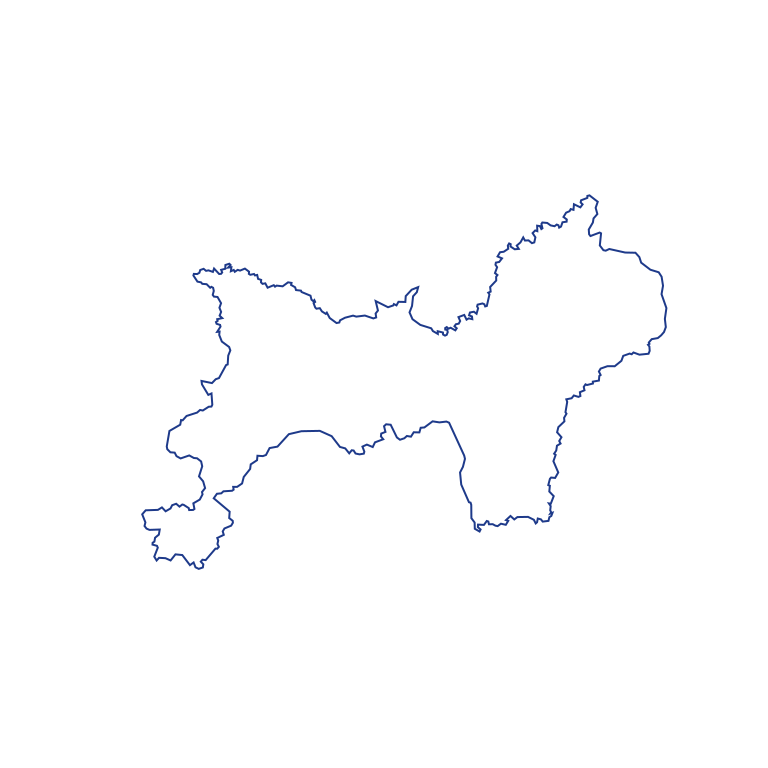 Catalão, Goiás, Brazil, rotated 29°
{"feature_id": "56859067B92835735196425", "entity_name": "Catalão", "entity_type": "district", "adm_level": 2, "iso_a3": "BRA", "parent_name": "Brazil", "parent_adm1": "Goiás", "projection": "albers", "projection_center": [-47.718, -17.979], "detail": "fine", "context": "isolated", "style": "outline", "palette": "blue", "viewbox_px": 768, "rotation_deg": 29, "n_neighbors": 0, "source": "geoboundaries", "source_scale": "gbopen_adm2", "svg_char_len": 6165}
<svg xmlns="http://www.w3.org/2000/svg" viewBox="0 0 768 768"><g transform="rotate(29 384 384)"><path d="M270.7,648.6L271.5,645.1L277.3,642.3L282.9,641.8L284.2,634.1L290.5,631.4L302.1,636.5L304.0,632.4L308.0,635.7L311.6,635.5L314.5,632.3L313.4,629.3L309.9,628.2L310.4,625.7L313.4,624.5L316.4,609.7L318.0,608.9L318.5,606.5L315.9,604.7L314.9,601.3L312.8,599.5L317.0,593.6L314.4,591.1L314.5,587.7L319.0,582.0L319.1,578.6L318.0,577.0L313.6,576.3L310.9,570.5L290.5,566.5L291.1,561.0L294.7,558.5L295.6,555.7L302.9,551.0L303.7,549.3L302.0,547.1L305.4,545.2L308.1,539.8L306.4,533.3L308.1,523.2L306.4,518.9L309.9,512.2L308.1,508.1L313.0,505.8L315.2,503.3L315.0,495.5L321.2,490.4L325.1,474.0L334.7,465.3L350.6,456.1L363.5,455.0L376.0,460.4L381.3,459.1L387.2,461.5L387.9,457.6L389.7,456.9L392.8,458.6L396.7,457.4L400.1,454.7L399.6,452.7L395.5,449.2L398.4,445.3L404.7,444.6L404.4,439.4L410.1,432.7L406.7,431.3L405.6,428.7L408.5,425.2L404.5,420.9L405.4,418.2L409.6,416.4L421.2,424.5L425.0,425.0L428.1,421.6L429.2,418.4L433.1,417.0L433.4,411.8L438.4,409.2L437.3,404.5L440.4,402.4L444.6,393.1L451.1,390.7L456.8,386.6L459.7,386.3L488.8,407.7L491.1,410.2L493.2,418.2L493.4,424.5L500.3,434.5L515.6,446.2L517.2,445.8L518.9,447.4L525.5,459.0L530.4,461.2L533.6,466.6L539.1,466.7L539.0,464.4L535.5,463.7L534.4,461.4L539.7,458.8L540.3,454.0L541.9,453.7L543.8,455.8L547.1,453.9L550.1,453.9L552.3,453.2L554.0,449.5L558.8,448.1L559.0,443.5L556.7,443.9L558.6,438.1L563.6,439.3L565.2,435.7L574.4,430.4L580.9,430.1L584.3,432.4L584.9,430.7L583.7,427.1L586.9,426.3L589.5,427.4L594.2,424.0L593.2,420.3L594.3,418.3L593.8,414.9L592.3,416.6L592.4,415.1L590.6,413.9L589.0,410.0L586.1,408.5L587.9,407.8L586.8,399.8L580.7,397.9L578.4,392.6L576.7,392.8L575.1,386.5L575.5,384.8L579.2,383.2L579.3,376.9L569.6,369.4L568.5,362.8L566.6,362.5L566.9,358.7L565.2,354.1L567.3,350.5L564.9,348.9L565.0,344.5L558.8,342.3L557.4,337.2L559.9,329.2L557.9,326.3L558.0,321.5L556.4,320.7L552.9,310.8L550.9,309.0L555.0,305.5L555.6,302.0L560.3,301.0L561.6,299.3L559.3,296.2L562.4,292.3L560.1,289.7L560.4,286.6L562.0,286.5L566.5,282.3L565.5,280.7L570.3,276.8L568.4,272.6L569.1,271.1L565.9,268.9L566.0,265.5L570.8,260.1L577.2,256.6L580.4,248.6L579.6,243.4L584.1,238.3L586.2,237.9L586.9,235.5L593.2,234.5L600.7,229.3L600.3,226.2L597.9,222.5L595.9,221.7L596.7,220.2L595.5,219.3L596.4,215.0L601.2,211.1L602.8,207.1L603.7,202.8L602.9,197.6L598.1,190.9L594.2,180.7L583.2,170.9L580.4,162.8L574.8,155.6L570.1,153.1L561.6,154.9L550.1,153.2L545.8,149.2L540.3,147.3L531.2,152.1L515.6,156.7L513.3,159.9L511.0,160.6L505.6,158.2L500.8,147.0L499.2,147.0L492.8,154.5L490.8,153.6L488.2,149.6L488.4,141.5L487.0,137.6L488.2,131.9L483.7,127.3L482.6,121.0L472.3,119.4L470.7,120.9L471.6,122.7L467.3,127.8L468.0,129.9L470.6,130.6L470.1,134.3L463.0,134.7L465.3,139.8L462.5,140.5L462.5,142.9L460.2,145.9L460.0,150.9L464.1,151.5L465.0,153.5L461.7,156.0L462.5,160.5L461.4,162.3L459.6,160.6L457.8,160.8L456.7,163.3L452.8,164.5L448.7,164.0L444.2,166.0L444.1,167.7L447.1,171.0L446.5,172.2L443.8,170.3L441.2,171.3L444.0,176.0L441.8,176.4L440.8,180.0L445.3,182.3L446.8,187.3L445.1,189.1L440.8,188.3L437.7,190.2L434.7,188.3L434.7,194.0L433.0,198.6L436.4,200.5L433.0,202.8L428.0,202.4L427.0,200.3L425.3,200.4L425.2,202.9L427.1,205.5L424.6,210.3L421.6,212.5L421.5,217.4L426.3,216.9L425.6,221.4L423.0,223.6L423.7,225.7L426.3,227.0L427.3,233.2L430.4,233.7L430.1,235.9L432.0,239.1L429.8,247.7L432.5,251.5L430.9,253.6L432.8,254.5L436.1,265.9L434.9,267.1L433.1,265.6L431.1,265.8L427.4,269.2L427.8,271.0L429.6,272.1L430.9,277.7L427.6,277.2L424.5,279.8L425.1,282.7L428.2,282.3L429.8,284.5L426.3,285.5L425.0,287.7L420.7,284.7L416.7,289.4L420.1,292.0L420.1,295.0L417.9,296.9L417.6,299.3L420.6,300.0L420.4,302.5L415.0,302.5L413.6,304.3L411.3,303.8L410.4,305.4L411.2,306.7L413.0,306.0L414.6,307.7L415.0,310.6L413.9,312.1L411.7,312.1L410.6,310.4L405.4,311.8L406.8,314.1L401.1,314.0L398.3,312.4L387.1,314.7L377.5,313.5L371.6,309.0L370.7,302.2L366.9,293.2L368.2,287.8L366.9,282.7L362.5,288.1L360.4,296.6L362.9,301.9L356.8,305.1L356.8,309.2L353.9,309.3L354.0,310.8L350.3,314.9L336.5,315.5L343.1,322.7L342.5,326.4L344.9,329.6L342.9,331.8L334.1,333.4L327.1,338.5L323.8,339.2L317.8,344.9L314.7,349.6L315.1,351.9L312.9,353.7L304.5,352.6L299.4,349.3L299.1,350.9L294.5,350.6L291.1,348.8L288.4,350.9L286.7,350.4L283.2,347.4L284.0,345.6L282.4,344.4L282.1,345.9L279.7,345.4L276.9,342.4L267.3,343.5L266.1,342.6L261.5,344.5L259.4,342.5L254.7,342.4L254.1,340.4L250.8,341.6L248.0,347.7L242.4,350.0L241.5,351.7L239.7,351.0L235.5,356.2L231.4,353.5L229.2,355.3L227.1,354.7L226.1,352.5L222.9,353.1L220.2,350.1L218.5,351.6L217.0,350.8L214.1,353.3L212.4,353.2L211.5,351.2L206.4,350.5L203.1,354.6L200.7,355.1L199.1,358.2L197.3,357.1L195.4,359.6L193.9,355.8L191.2,357.8L192.1,354.3L190.4,353.8L187.6,356.8L189.3,360.2L186.2,363.1L188.4,364.9L188.1,366.6L186.5,367.7L179.4,365.4L180.0,368.9L175.4,369.7L173.5,371.3L170.4,370.7L168.0,373.4L168.6,376.2L167.3,378.4L164.3,379.9L164.7,381.5L171.2,384.9L174.7,383.8L176.5,384.5L180.5,382.7L185.3,384.1L185.9,382.7L187.9,382.7L190.0,385.1L191.0,389.1L192.9,390.0L196.2,388.6L202.3,392.3L203.1,397.1L206.6,399.9L207.1,403.9L210.6,404.8L206.7,408.2L207.9,409.4L207.0,411.3L208.4,412.5L212.0,411.8L213.2,413.1L212.8,419.3L214.8,417.9L216.1,421.0L221.6,425.5L230.6,426.7L233.3,429.1L234.0,434.7L237.8,442.7L236.7,444.0L236.8,458.8L234.5,461.4L233.1,466.6L222.9,469.8L225.0,472.6L235.6,478.7L237.7,475.9L243.9,485.4L244.0,487.4L241.7,488.9L238.4,495.0L235.7,495.9L234.4,499.6L226.8,507.7L225.5,513.4L224.0,513.9L225.5,518.4L219.1,529.1L224.3,544.0L226.1,546.1L230.3,547.3L234.2,545.5L237.5,547.7L242.2,547.7L248.3,540.9L253.6,540.9L256.5,539.6L261.6,540.4L264.9,544.1L267.0,554.5L273.0,556.8L278.0,561.8L277.2,566.7L278.8,568.5L278.9,574.4L275.1,580.8L278.8,585.2L278.1,586.7L274.7,588.7L273.4,587.2L267.4,586.8L266.0,587.2L264.6,590.4L260.3,589.5L257.5,592.7L257.6,596.4L254.7,601.2L249.6,599.6L247.3,603.7L236.8,610.0L235.7,615.2L242.4,620.7L243.4,624.3L246.4,625.6L249.6,625.3L258.4,620.0L260.1,624.9L258.3,629.4L259.6,633.2L258.6,635.0L259.4,636.7L263.9,635.6L265.5,636.8L266.8,646.4L270.7,648.6Z" fill="none" stroke="#1e3a8a" stroke-width="2"/></g></svg>